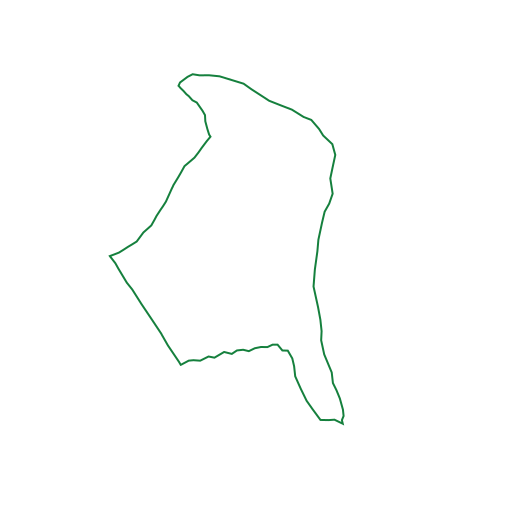 Xylofagou, Cyprus (Mercator projection), rotated 238°
{"feature_id": "46923920B54731060528278", "entity_name": "Xylofagou", "entity_type": "district", "adm_level": 2, "iso_a3": "CYP", "parent_name": "Cyprus", "parent_adm1": "", "projection": "mercator", "projection_center": [33.851, 34.975], "detail": "fine", "context": "isolated", "style": "outline", "palette": "green", "viewbox_px": 512, "rotation_deg": 238, "n_neighbors": 0, "source": "geoboundaries", "source_scale": "gbopen_adm2", "svg_char_len": 1728}
<svg xmlns="http://www.w3.org/2000/svg" viewBox="0 0 512 512"><g transform="rotate(238 256 256)"><path d="M333.3,132.0L324.4,132.9L318.3,132.6L301.8,132.3L293.2,133.3L276.0,133.4L257.6,134.0L240.1,134.5L239.6,134.4L226.8,133.9L206.9,134.6L203.6,134.5L203.5,134.9L202.9,143.5L200.8,147.7L196.8,153.2L195.9,162.5L191.8,166.9L191.5,178.1L185.8,183.6L186.0,189.8L183.3,195.4L179.1,199.5L178.4,206.1L176.2,212.0L172.7,217.4L172.0,223.1L169.4,227.3L161.9,228.3L158.9,232.8L149.9,232.5L142.3,229.9L133.2,225.5L119.7,223.6L106.4,222.2L95.9,222.8L82.8,223.8L78.3,230.7L75.6,235.8L67.8,240.7L71.3,241.9L73.9,245.5L79.6,248.3L90.7,251.6L99.5,253.1L107.5,253.9L117.1,258.5L136.4,261.7L150.0,266.6L157.5,271.8L167.8,276.8L179.7,281.5L199.6,288.6L213.4,298.8L227.4,310.5L236.7,317.5L249.3,329.7L257.2,337.7L261.6,345.8L268.2,354.0L282.4,360.1L289.9,367.3L299.7,376.8L310.4,380.0L322.6,376.8L330.3,376.8L342.1,375.0L348.6,370.1L361.1,364.0L370.4,357.0L380.7,349.4L390.2,345.0L399.8,340.5L408.7,336.8L416.2,330.3L427.7,320.3L434.2,311.9L439.1,303.9L443.7,298.6L444.2,292.9L443.4,283.5L441.4,280.5L441.1,280.6L438.4,281.0L434.3,282.0L432.5,282.3L430.1,282.7L427.2,283.7L421.8,284.6L417.5,287.1L407.5,287.6L402.5,287.4L397.1,284.4L389.3,282.0L383.8,280.6L381.3,280.6L379.7,275.7L379.3,274.6L378.5,272.5L378.0,271.2L376.3,266.8L375.3,264.5L374.1,261.6L373.6,260.2L372.0,255.9L370.1,243.0L366.6,236.7L364.0,231.8L360.5,224.8L360.0,223.8L359.9,223.6L358.8,222.0L358.1,220.8L349.9,208.5L349.4,207.5L347.4,203.3L345.9,199.8L342.7,192.9L340.5,189.1L337.4,183.4L335.9,174.6L335.7,173.4L335.6,172.9L331.5,162.5L331.5,157.0L331.6,152.2L331.5,147.0L331.5,141.6L332.5,136.4L333.4,132.0L333.3,132.0Z" fill="none" stroke="#15803d" stroke-width="2"/></g></svg>